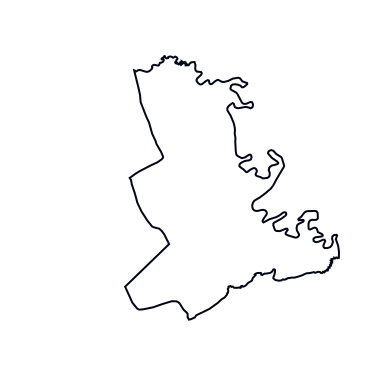 outline of Changhan, Roi Et, Thailand, rotated 61°
{"feature_id": "78962969B4502955936571", "entity_name": "Changhan", "entity_type": "district", "adm_level": 2, "iso_a3": "THA", "parent_name": "Thailand", "parent_adm1": "Roi Et", "projection": "equal_earth", "projection_center": [103.624, 16.158], "detail": "fine", "context": "isolated", "style": "outline", "palette": "ink", "viewbox_px": 384, "rotation_deg": 61, "n_neighbors": 0, "source": "geoboundaries", "source_scale": "gbopen_adm2", "svg_char_len": 6013}
<svg xmlns="http://www.w3.org/2000/svg" viewBox="0 0 384 384"><g transform="rotate(61 192 192)"><path d="M315.7,92.5L309.8,90.2L303.1,89.1L300.4,86.2L299.5,86.3L298.5,88.7L298.9,90.7L300.7,92.1L304.1,93.0L306.2,95.3L307.2,97.7L306.7,100.7L305.3,103.2L303.7,103.6L302.3,102.8L299.5,99.3L298.1,99.2L297.3,100.5L296.8,105.6L296.2,107.4L295.2,108.7L293.8,109.3L292.1,108.7L291.7,108.1L291.4,106.9L291.6,105.7L293.8,100.1L293.7,99.1L293.2,98.6L291.8,98.7L288.2,101.3L284.6,100.7L283.4,101.0L282.4,102.6L282.1,106.8L281.4,107.6L280.6,107.8L276.9,105.9L275.5,104.8L274.2,102.9L274.4,100.8L276.5,97.1L276.5,95.9L276.1,94.7L271.3,92.3L269.2,92.5L268.0,93.9L264.6,100.6L264.3,101.8L264.5,103.8L266.6,108.5L267.1,111.8L267.7,112.4L268.5,112.3L270.1,108.5L270.7,108.1L271.4,108.3L271.9,109.2L271.6,114.5L272.2,116.3L274.2,118.0L276.5,118.9L280.9,118.9L281.8,119.4L282.6,121.1L282.5,122.6L282.0,123.7L276.8,128.8L274.4,130.5L273.2,130.0L271.5,126.6L270.2,126.6L269.6,127.8L268.8,134.1L266.9,137.1L266.0,137.7L265.1,137.8L260.7,137.1L258.9,136.0L258.6,134.5L258.7,127.2L258.1,121.9L257.7,121.0L256.9,120.1L255.4,119.9L254.6,120.9L254.2,122.2L254.9,127.0L254.8,130.6L253.4,137.2L253.3,144.2L252.2,144.6L251.2,144.0L250.0,142.2L248.2,138.4L247.2,137.0L246.1,136.5L244.7,136.5L243.7,136.8L242.2,138.2L241.3,140.3L240.4,143.8L239.6,145.2L238.2,146.5L236.6,146.9L234.9,146.7L232.9,145.8L231.2,144.2L230.2,142.6L229.8,141.2L229.6,134.9L228.7,128.4L227.2,121.3L225.6,117.7L222.0,112.2L214.8,99.9L213.8,98.7L206.3,97.0L204.9,97.0L199.6,99.9L195.5,100.8L193.8,102.3L193.5,103.8L193.6,105.3L194.2,106.2L195.3,106.8L200.9,105.6L206.7,102.7L208.4,102.5L208.8,102.9L209.0,104.0L207.7,109.0L207.7,111.2L208.2,112.6L210.2,114.4L212.6,114.6L215.1,116.0L215.9,117.0L216.2,119.2L214.5,123.4L212.1,124.9L209.8,127.2L208.4,128.0L207.2,127.7L205.7,125.6L204.7,124.9L202.8,124.9L201.9,125.3L201.3,125.9L200.8,127.5L200.8,130.8L201.3,133.6L201.1,134.6L200.4,135.1L196.9,136.1L193.5,137.8L192.3,138.0L190.9,137.0L190.3,135.1L190.4,131.4L190.9,129.5L192.0,126.7L192.0,124.7L190.7,123.2L188.6,122.5L187.5,123.0L187.1,124.1L187.4,129.1L186.5,132.1L182.7,134.6L180.9,135.1L178.1,134.2L169.4,130.0L165.6,127.7L161.5,126.3L158.7,124.4L156.2,123.3L151.9,122.1L144.1,121.2L137.8,121.5L136.1,120.6L135.4,120.0L134.6,118.3L133.9,114.6L134.0,113.3L135.1,112.7L138.6,113.4L140.2,112.1L141.3,110.6L143.4,104.3L144.8,102.3L147.3,100.0L147.2,98.1L145.8,96.6L144.1,96.0L142.6,96.0L141.5,97.3L141.2,101.4L140.8,102.7L140.0,103.9L138.9,104.7L137.7,105.0L128.2,104.8L126.3,105.2L121.6,108.2L120.2,108.3L118.1,106.4L117.8,105.6L117.8,104.2L118.7,102.0L120.4,99.8L122.6,98.0L124.5,97.6L125.1,96.8L125.2,94.9L124.7,92.4L124.2,91.2L123.4,91.0L119.7,94.3L115.8,94.9L114.5,96.1L112.6,101.4L112.4,106.4L111.3,110.6L110.2,112.4L106.8,114.6L106.3,115.3L106.3,118.0L107.1,121.7L106.8,123.4L105.7,124.1L102.6,123.2L101.8,124.0L101.7,126.1L102.5,130.9L102.3,132.0L101.7,132.8L100.4,133.6L98.7,134.0L97.0,134.1L96.2,133.8L95.1,132.2L94.1,127.8L93.4,126.4L92.7,125.8L91.5,125.9L89.1,129.3L87.4,129.9L85.5,129.3L82.6,127.4L79.5,126.8L78.1,130.0L78.5,130.6L78.4,131.4L79.5,133.5L79.4,133.9L79.1,134.2L78.6,133.9L78.3,134.7L77.8,134.7L78.4,135.9L78.2,136.2L77.5,135.8L76.4,135.8L75.8,135.2L75.6,135.9L74.8,135.5L74.7,136.2L75.1,136.7L74.9,137.1L75.3,139.0L74.7,138.6L73.8,137.0L72.7,137.6L73.5,137.9L73.3,138.6L72.8,139.0L72.8,139.4L73.5,140.0L73.9,139.7L73.9,140.2L74.4,140.7L73.4,141.3L73.6,142.0L73.1,142.1L72.8,142.5L72.0,142.3L71.9,143.5L70.9,144.0L70.2,143.5L69.9,142.3L69.1,141.8L68.8,140.5L68.2,140.0L66.6,140.2L65.4,141.1L65.5,142.9L65.2,143.6L64.0,144.1L62.8,145.5L62.4,147.3L63.3,148.0L62.8,149.4L61.9,150.1L59.9,150.0L59.7,150.3L60.5,151.8L60.3,152.9L60.9,154.2L61.3,154.1L61.9,152.8L62.6,152.6L63.2,152.9L64.0,154.1L64.1,155.7L63.5,157.4L65.0,159.3L65.1,160.3L62.5,163.3L62.2,164.5L62.7,166.1L64.2,166.5L64.8,167.4L65.5,169.9L65.5,172.0L65.0,173.3L64.0,174.5L60.1,178.2L59.3,180.3L59.6,182.1L59.1,183.0L58.1,183.1L57.5,183.6L76.3,188.7L82.1,190.5L88.7,193.4L104.4,195.5L110.5,195.9L121.7,198.6L129.3,199.1L133.0,199.8L142.1,199.6L147.2,200.2L148.1,201.0L148.8,202.9L149.3,207.9L148.8,214.1L148.4,227.4L148.6,232.4L149.5,239.7L151.9,239.5L156.0,240.9L166.1,242.8L175.0,245.0L184.2,245.6L195.5,244.9L202.8,243.6L204.3,242.6L208.2,238.4L211.6,237.3L215.6,236.8L226.5,237.3L242.4,296.4L259.8,297.8L267.2,296.5L268.9,295.5L269.7,294.5L271.2,290.8L274.0,281.9L275.7,271.9L277.7,262.7L279.9,258.9L281.4,257.6L283.5,256.8L290.6,256.5L295.3,255.0L296.5,254.9L299.1,256.4L302.1,256.6L302.7,254.8L303.1,250.4L301.9,248.1L302.7,233.5L301.5,223.1L300.2,218.3L300.1,214.6L298.7,211.2L297.6,210.4L297.7,209.8L297.0,209.0L296.0,208.2L294.0,207.6L293.5,206.4L292.5,206.1L292.4,205.7L293.0,203.8L294.1,203.5L294.4,202.3L296.0,201.7L297.6,199.2L298.2,197.5L299.3,196.2L299.3,195.8L298.4,195.4L298.2,194.4L298.5,193.7L299.2,193.8L299.6,193.2L299.9,190.6L298.7,186.9L298.6,182.7L296.7,180.5L295.5,176.8L294.5,177.1L294.3,175.7L294.6,174.0L296.1,171.1L296.6,170.9L297.9,171.6L298.7,170.8L298.5,168.3L299.5,166.3L300.7,162.7L300.4,160.5L299.2,158.4L299.4,157.7L300.4,157.1L301.6,157.8L304.3,160.0L306.2,162.3L306.9,162.7L308.7,162.1L309.7,161.4L311.7,159.0L312.6,156.8L312.5,155.0L313.7,153.3L313.7,152.2L314.0,151.7L313.7,150.5L315.3,146.1L316.5,144.0L317.3,141.1L318.2,136.4L318.6,131.3L319.9,128.6L321.2,124.2L322.4,123.4L323.0,120.2L324.1,118.8L325.1,118.6L325.9,117.6L325.3,116.1L325.8,116.0L325.9,115.4L326.5,115.3L326.5,114.9L325.7,114.1L325.9,113.5L325.6,112.0L326.3,111.8L326.5,111.3L326.3,111.0L325.3,111.2L325.4,110.3L324.6,109.4L324.8,108.8L324.0,109.0L324.1,107.2L323.0,106.8L323.6,106.0L323.0,105.5L322.7,106.1L322.0,105.3L321.2,105.0L321.3,104.3L321.8,104.4L321.8,103.7L321.0,103.7L320.7,103.2L320.4,103.7L319.8,103.8L319.3,102.9L318.9,103.3L318.8,102.7L318.3,102.5L318.6,101.7L319.0,101.7L318.7,101.0L319.2,99.8L318.7,99.5L319.3,99.3L319.2,98.9L319.5,98.6L319.2,98.1L319.3,97.5L319.6,97.0L320.5,96.8L320.8,95.5L315.7,92.5Z" fill="none" stroke="#020617" stroke-width="2"/></g></svg>